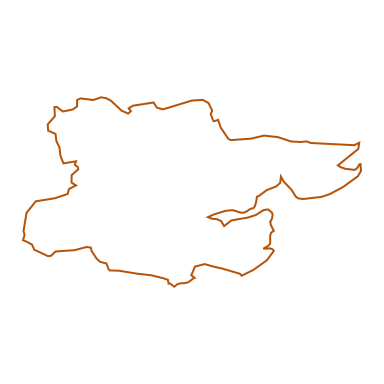 SVG path tracing the border of Essex
{"feature_id": "GBR-2317", "entity_name": "Essex", "entity_type": "Administrative County", "adm_level": 1, "iso_a3": "GBR", "parent_name": "United Kingdom", "parent_adm1": "", "projection": "robinson", "projection_center": [0.635, 51.797], "detail": "fine", "context": "isolated", "style": "outline", "palette": "amber", "viewbox_px": 384, "rotation_deg": 0, "n_neighbors": 0, "source": "natural_earth", "source_scale": "10m", "svg_char_len": 2130}
<svg xmlns="http://www.w3.org/2000/svg" viewBox="0 0 384 384"><path d="M306.4,141.4L310.9,143.0L354.1,145.2L359.2,142.8L358.3,148.9L337.9,165.4L341.2,167.4L345.3,168.8L354.8,169.9L357.4,167.8L359.4,164.4L360.5,164.1L361.0,171.0L357.9,176.2L343.1,187.0L329.8,194.1L321.4,196.9L303.2,199.0L298.3,198.4L295.9,196.8L291.7,190.1L283.3,181.0L280.9,176.6L280.2,182.8L276.3,186.4L266.8,190.1L258.8,196.0L256.9,196.8L256.7,198.6L256.0,202.5L254.8,206.4L253.4,208.2L250.4,208.8L246.2,211.7L243.6,212.7L240.4,212.6L234.7,210.7L232.2,210.2L225.7,210.8L213.7,214.5L207.9,217.2L212.0,218.7L216.7,219.2L221.1,221.0L224.1,226.1L231.5,220.4L248.1,217.5L256.0,214.9L263.5,210.1L268.1,209.4L272.1,212.7L272.6,215.4L271.9,218.7L270.8,221.1L270.2,221.6L270.7,224.3L271.7,226.8L273.8,230.8L271.2,232.6L270.2,235.4L270.2,243.0L269.4,244.8L267.3,246.4L263.3,248.7L270.3,248.4L272.8,249.5L273.8,251.0L266.7,260.4L253.4,269.9L241.7,275.7L241.6,275.4L239.7,273.7L222.4,268.6L213.5,266.6L204.6,264.1L195.0,266.6L191.3,275.3L194.0,277.3L194.5,277.8L193.8,277.9L193.4,278.4L188.4,282.2L184.6,283.2L181.1,283.3L177.7,284.0L174.2,286.7L170.0,283.5L168.6,283.6L167.9,279.8L163.5,278.3L151.4,275.3L137.3,273.7L118.8,270.7L109.5,270.4L108.5,269.0L106.5,263.5L100.3,261.9L96.7,258.7L91.6,251.0L90.8,247.6L86.5,247.0L74.4,250.2L64.9,250.8L55.5,251.5L51.2,255.7L48.1,256.2L34.3,249.7L33.5,247.9L31.9,244.5L26.4,241.6L25.7,241.3L23.0,240.2L24.6,234.9L23.5,231.2L26.5,212.9L35.8,201.3L54.7,198.3L67.6,194.0L69.0,189.0L76.0,185.4L71.5,182.6L71.7,175.0L78.3,169.3L77.8,167.1L74.8,164.8L76.0,161.3L63.4,163.4L60.5,155.9L59.4,147.3L56.4,141.2L55.5,133.9L48.2,130.7L47.7,124.4L54.9,116.2L54.4,107.2L56.8,106.9L62.9,111.5L72.7,109.5L77.0,106.5L77.1,100.1L80.5,98.4L93.2,100.0L101.2,97.3L106.4,98.3L111.2,100.9L121.6,110.7L128.2,113.6L130.9,111.2L128.7,108.3L132.9,105.7L153.6,102.5L156.8,107.6L162.9,109.4L191.7,100.6L202.7,99.9L208.6,103.1L212.2,110.8L210.7,114.0L213.1,120.4L213.9,121.3L218.1,119.9L220.7,127.5L228.4,139.0L231.1,140.1L251.3,138.6L263.9,135.6L277.8,137.1L291.1,141.5L301.1,142.0L306.4,141.4L306.4,141.4Z" fill="none" stroke="#b45309" stroke-width="2"/></svg>